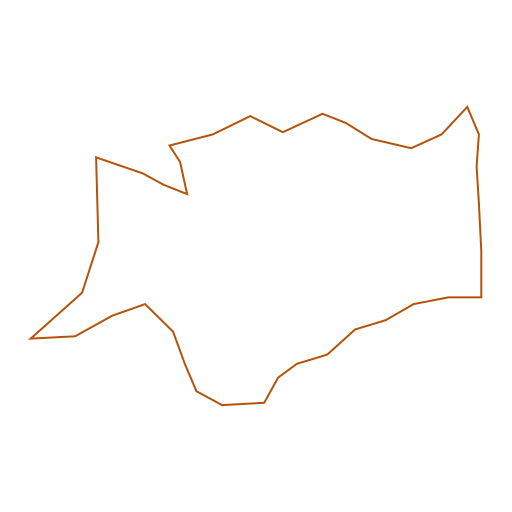 the district of Kazafani, Cyprus
{"feature_id": "46923920B35244398471877", "entity_name": "Kazafani", "entity_type": "district", "adm_level": 2, "iso_a3": "CYP", "parent_name": "Cyprus", "parent_adm1": "", "projection": "robinson", "projection_center": [33.356, 35.324], "detail": "fine", "context": "isolated", "style": "outline", "palette": "amber", "viewbox_px": 512, "rotation_deg": 0, "n_neighbors": 0, "source": "geoboundaries", "source_scale": "gbopen_adm2", "svg_char_len": 601}
<svg xmlns="http://www.w3.org/2000/svg" viewBox="0 0 512 512"><path d="M30.7,338.6L75.1,336.3L112.4,315.6L145.1,304.1L173.1,331.7L184.8,363.8L196.5,391.3L222.1,405.1L264.2,402.8L278.2,377.5L296.9,363.8L327.2,354.6L355.2,329.4L385.6,320.2L413.6,304.1L448.6,297.3L481.3,297.3L481.3,251.4L478.9,203.2L476.6,166.5L478.9,134.4L474.7,124.5L467.3,106.9L441.6,134.4L411.2,148.2L371.6,139.0L345.9,123.0L322.5,113.8L282.8,132.2L250.2,116.1L212.8,134.4L169.5,145.5L180.1,162.0L187.1,194.1L163.8,184.9L142.8,173.4L96.1,157.4L98.4,242.2L82.1,292.7L30.7,338.6Z" fill="none" stroke="#b45309" stroke-width="2"/></svg>